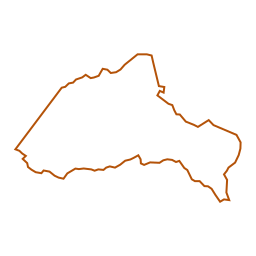 outline of Gramado dos Loureiros, Rio Grande do Sul, Brazil
{"feature_id": "56859067B9692352624566", "entity_name": "Gramado dos Loureiros", "entity_type": "district", "adm_level": 2, "iso_a3": "BRA", "parent_name": "Brazil", "parent_adm1": "Rio Grande do Sul", "projection": "mercator", "projection_center": [-52.905, -27.444], "detail": "fine", "context": "isolated", "style": "outline", "palette": "amber", "viewbox_px": 256, "rotation_deg": 0, "n_neighbors": 0, "source": "geoboundaries", "source_scale": "gbopen_adm2", "svg_char_len": 1269}
<svg xmlns="http://www.w3.org/2000/svg" viewBox="0 0 256 256"><path d="M229.2,200.1L226.4,192.5L227.1,179.9L224.0,174.4L226.9,170.7L228.5,167.6L235.1,162.6L238.7,155.1L240.4,148.6L240.6,142.4L236.5,134.9L213.5,125.1L208.7,120.1L197.9,126.9L194.0,124.9L185.8,121.6L179.8,114.5L176.4,114.3L174.3,110.3L172.3,105.1L168.5,103.8L157.4,95.4L159.8,90.9L163.6,92.6L164.3,87.0L158.9,86.1L153.2,62.5L151.6,55.5L146.7,54.3L137.6,54.3L124.7,64.7L120.5,69.5L116.1,72.2L110.8,73.0L107.4,69.7L102.7,68.8L100.5,72.6L98.7,75.8L93.9,77.5L90.7,78.1L85.7,74.8L82.2,77.4L76.0,79.5L73.1,82.6L68.8,83.4L65.3,86.8L61.7,87.7L15.4,149.3L19.4,150.8L22.2,153.5L25.8,155.9L22.7,158.9L27.2,163.1L28.0,167.0L31.5,169.7L35.7,172.2L41.4,173.2L43.6,170.5L49.5,171.6L54.6,175.7L58.6,177.6L63.5,178.7L67.3,173.4L75.4,168.6L78.9,169.1L83.7,168.5L91.3,169.4L94.6,170.7L98.3,169.4L103.5,169.9L106.2,167.6L109.8,166.4L115.0,167.6L120.2,164.7L125.2,160.7L130.3,159.5L133.4,158.0L138.3,155.3L140.6,159.3L140.9,163.4L144.1,164.9L150.1,162.4L159.5,162.8L163.3,160.3L167.3,159.3L172.1,159.9L176.0,162.0L179.3,160.9L184.3,168.0L187.3,170.0L191.8,179.3L194.9,181.1L199.6,181.1L204.4,186.1L208.0,186.3L211.6,188.8L215.4,194.9L220.1,201.7L224.0,199.4L229.2,200.1Z" fill="none" stroke="#b45309" stroke-width="2"/></svg>